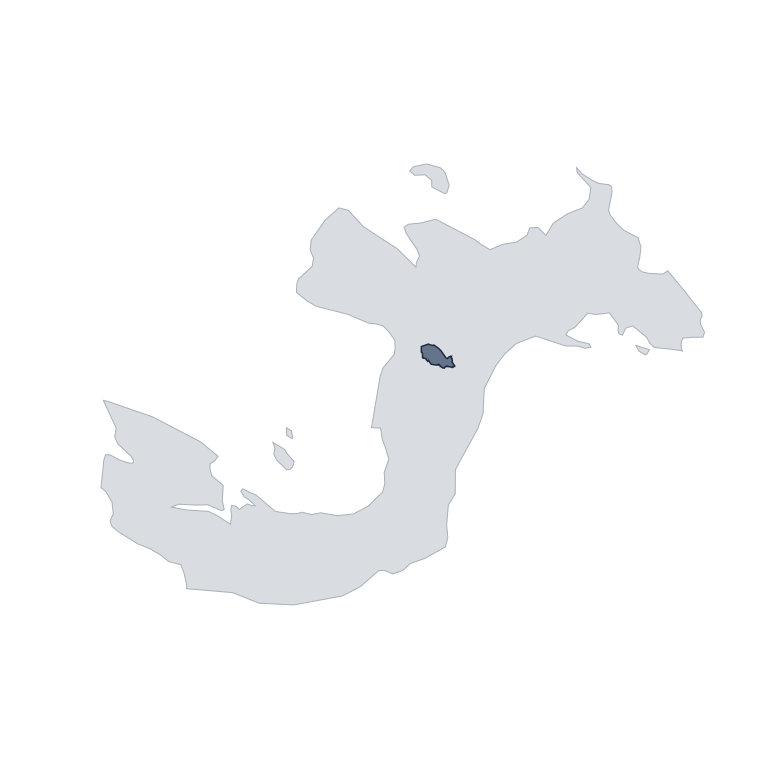 location of Olá, Coclé, Panama, rotated 141°
{"feature_id": "35544464B52438824154031", "entity_name": "Olá", "entity_type": "district", "adm_level": 2, "iso_a3": "PAN", "parent_name": "Panama", "parent_adm1": "Coclé", "projection": "equal_earth", "projection_center": [-80.675, 8.498], "detail": "fine", "context": "in_parent", "style": "filled", "palette": "slate", "viewbox_px": 768, "rotation_deg": 141, "n_neighbors": 0, "source": "geoboundaries", "source_scale": "gbopen_adm2", "svg_char_len": 5489}
<svg xmlns="http://www.w3.org/2000/svg" viewBox="0 0 768 768"><g transform="rotate(141 384 384)"><path d="M666.3,349.2L664.4,351.1L658.7,362.1L655.6,371.4L663.0,381.3L665.3,391.8L669.5,403.2L676.0,414.7L683.3,436.0L685.0,444.5L683.0,450.1L676.1,453.5L669.6,463.5L667.9,475.6L669.1,481.6L649.8,501.0L644.9,504.3L641.5,501.3L637.4,491.5L632.4,483.7L629.8,480.9L628.2,480.8L626.7,482.6L626.0,486.9L628.6,505.1L626.5,512.5L619.9,518.2L612.4,547.9L609.5,544.2L584.6,504.2L563.0,454.6L558.4,432.2L564.0,430.9L569.4,431.4L572.3,428.0L575.6,421.4L572.9,406.3L583.3,394.8L587.2,387.0L590.1,387.9L597.0,401.1L606.9,408.7L619.1,419.7L626.7,422.2L617.1,410.7L600.6,395.5L596.0,385.5L591.6,371.6L585.1,377.6L582.2,382.7L578.8,385.6L575.9,382.1L575.4,377.6L565.7,376.8L563.2,372.7L560.6,370.4L561.8,379.1L563.7,384.4L562.7,390.9L559.6,391.3L556.9,384.7L553.4,378.6L548.7,353.4L537.7,341.5L532.6,337.6L528.5,336.1L522.3,328.0L514.2,323.7L503.2,311.1L489.6,302.2L473.1,299.0L453.0,300.9L446.2,305.9L441.6,312.2L439.5,315.2L427.6,322.5L423.2,333.0L420.3,341.8L414.4,351.9L421.2,357.9L382.5,392.1L374.8,397.1L357.4,400.6L353.4,404.2L348.1,411.0L347.4,421.3L348.2,430.0L353.2,436.7L357.7,441.0L368.5,461.3L387.7,487.0L391.4,496.4L394.4,510.3L388.6,516.8L384.1,519.5L365.8,520.6L359.5,526.2L357.0,534.7L350.2,541.6L326.6,548.4L308.1,549.2L302.4,541.3L301.0,519.0L288.6,480.9L285.6,454.7L282.5,457.9L275.9,461.0L273.7,467.5L272.0,486.8L269.6,493.4L264.5,492.8L254.0,485.9L240.1,479.5L222.4,438.5L220.5,430.8L217.1,421.6L203.4,417.7L191.7,410.8L179.0,409.7L172.5,413.6L165.8,408.7L164.7,397.5L151.3,402.5L134.2,400.8L118.9,396.0L108.4,398.5L99.6,406.5L100.8,426.9L98.2,430.9L97.8,422.6L94.7,413.0L91.1,405.0L83.4,396.8L83.0,393.8L86.1,389.6L100.1,377.7L101.9,372.7L102.1,362.3L100.8,352.4L94.5,337.8L98.1,328.8L105.4,321.6L112.8,315.8L114.0,313.4L112.7,308.5L108.4,303.1L98.2,294.0L92.2,293.4L92.0,267.2L92.3,239.4L93.9,236.7L97.6,235.0L100.6,230.8L102.3,222.5L106.7,219.6L114.7,226.0L122.8,231.5L126.2,229.7L128.8,227.0L130.6,224.3L131.2,221.7L137.7,229.1L151.0,242.3L151.8,248.7L150.5,254.9L154.1,272.7L161.1,275.3L168.0,271.8L169.8,275.1L168.5,278.4L164.9,282.1L164.0,297.4L175.4,304.5L181.1,310.8L200.0,307.9L207.0,309.5L211.8,307.7L206.5,295.4L199.4,286.3L200.0,282.3L205.4,285.3L209.5,291.5L218.8,299.1L236.0,325.8L255.6,332.2L271.2,331.4L285.7,327.8L308.9,317.4L325.6,298.7L339.0,290.4L382.3,272.6L397.6,254.0L404.1,251.6L410.3,249.3L423.9,235.2L431.2,224.3L438.9,218.8L461.8,222.7L476.6,227.9L486.8,227.3L496.7,230.9L501.0,238.9L505.5,242.3L529.7,241.4L549.5,245.4L593.0,269.0L619.1,292.3L632.9,317.1L666.3,349.2ZM229.9,533.5L224.2,534.3L212.6,528.3L204.2,516.8L203.5,513.0L203.7,509.2L208.3,497.4L214.5,493.3L216.9,493.4L222.8,507.0L218.8,512.3L220.4,520.7L228.8,526.9L229.9,533.5ZM509.2,402.6L507.1,408.5L502.3,395.4L503.1,392.0L502.7,380.1L507.3,377.0L510.7,376.7L513.5,378.4L515.3,392.4L513.8,398.7L509.2,402.6ZM165.1,248.9L164.0,255.4L156.0,243.7L160.8,241.8L162.5,242.0L165.1,248.9ZM491.9,405.4L487.3,411.5L485.5,405.7L488.7,399.6L489.9,399.6L491.9,405.4Z" fill="#d9dde1" stroke="#a8b0b8" stroke-width="1"/><path d="M320.6,353.9L320.4,353.9L320.0,354.0L320.0,353.9L319.8,353.9L319.7,353.8L319.6,353.7L319.5,353.8L319.4,353.8L319.2,353.8L319.1,353.7L318.9,353.7L318.7,353.6L318.4,353.4L318.2,353.3L317.9,353.4L317.7,353.4L317.7,353.5L317.7,354.3L317.6,354.5L317.6,354.9L317.5,355.1L317.6,355.3L317.6,355.5L317.5,355.8L317.4,356.1L317.4,356.3L317.3,356.5L317.4,356.9L317.4,357.1L317.5,357.2L317.5,357.4L317.5,357.5L317.5,357.8L317.4,357.9L317.3,358.1L317.2,358.2L317.2,358.3L316.9,358.6L316.7,358.7L316.6,358.8L316.4,358.9L316.3,359.1L316.2,359.2L315.9,359.7L315.8,360.0L315.7,360.2L315.6,360.4L315.6,360.5L315.4,360.7L315.4,360.8L315.2,360.8L315.1,361.0L315.0,361.3L315.0,361.5L315.0,361.8L315.0,362.0L315.0,362.3L314.8,362.5L314.7,362.6L314.6,362.8L314.5,363.1L314.5,363.3L314.4,363.3L314.5,363.4L314.6,363.6L314.8,363.6L315.0,363.6L315.3,363.6L315.5,363.7L315.7,363.8L315.8,363.9L315.9,364.0L316.0,364.0L316.3,364.1L316.5,364.1L317.1,364.1L317.3,364.1L317.5,364.1L317.8,364.0L318.0,364.0L318.2,363.9L318.3,363.9L318.6,363.8L319.4,365.2L318.8,373.8L319.3,378.0L320.8,383.0L322.3,383.5L324.4,387.1L331.4,389.6L334.9,385.3L334.7,383.9L337.2,380.4L337.3,380.4L337.3,380.2L337.2,380.2L337.3,380.0L337.4,379.9L337.4,379.7L337.2,379.6L337.2,379.4L336.9,379.3L336.9,379.2L336.7,379.1L336.6,378.9L336.4,378.7L336.2,378.5L336.1,378.4L336.1,378.2L336.0,377.9L335.9,377.8L335.8,377.7L335.7,377.4L335.5,377.1L335.4,377.0L335.4,376.9L335.5,376.9L335.7,376.6L335.7,376.4L335.9,376.1L335.7,374.1L334.6,374.4L334.8,372.2L334.9,369.7L334.0,368.7L331.5,365.8L331.4,365.8L331.2,365.7L330.9,365.7L330.7,365.5L330.6,365.4L330.4,365.3L330.3,365.2L330.2,365.1L330.2,364.9L330.0,364.7L329.9,364.7L329.8,364.4L329.7,364.4L329.6,364.5L329.6,364.4L329.4,364.3L329.2,364.3L329.2,364.2L328.9,364.2L328.7,361.8L328.8,361.8L328.7,361.7L328.7,361.4L328.7,361.2L328.5,360.7L328.3,360.0L328.2,360.0L328.2,359.9L328.2,359.7L328.0,359.4L328.0,359.2L327.8,359.2L327.7,359.1L327.5,358.9L327.4,358.9L327.2,358.6L326.9,358.6L326.7,358.5L326.7,358.4L326.4,358.5L326.2,358.6L325.8,358.7L325.6,358.8L325.5,358.7L325.4,358.7L325.2,358.6L324.9,358.6L324.6,358.6L324.4,358.6L324.4,358.4L324.3,358.2L324.2,358.1L323.9,357.9L323.8,357.7L323.7,357.7L323.6,357.8L323.4,357.7L323.3,357.8L323.2,357.7L323.2,357.4L323.2,357.2L322.9,356.9L322.8,356.7L322.1,356.0L320.7,354.4L320.6,353.9Z" fill="#64748b" stroke="#1e293b" stroke-width="1.5"/></g></svg>